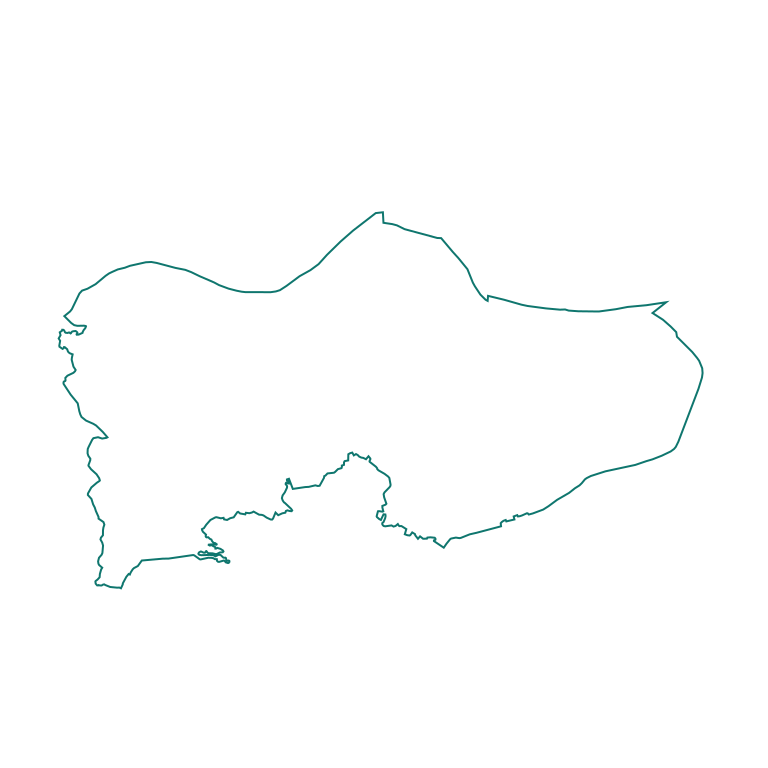 Ba Vi, Ha Noi, Vietnam (Natural Earth projection), rotated 82°
{"feature_id": "81297802B94958861355476", "entity_name": "Ba Vi", "entity_type": "district", "adm_level": 2, "iso_a3": "VNM", "parent_name": "Vietnam", "parent_adm1": "Ha Noi", "projection": "natural_earth1", "projection_center": [105.414, 21.156], "detail": "fine", "context": "isolated", "style": "outline", "palette": "teal", "viewbox_px": 768, "rotation_deg": 82, "n_neighbors": 0, "source": "geoboundaries", "source_scale": "gbopen_adm2", "svg_char_len": 6153}
<svg xmlns="http://www.w3.org/2000/svg" viewBox="0 0 768 768"><g transform="rotate(82 384 384)"><path d="M501.3,176.9L499.1,146.4L496.9,134.9L496.0,128.7L493.7,119.0L490.7,109.5L488.7,105.8L486.9,103.8L482.2,100.6L432.6,73.3L421.8,68.2L417.5,67.0L412.7,66.7L404.9,68.7L401.8,70.3L395.2,74.3L378.0,87.3L373.3,87.4L367.0,92.1L359.2,98.8L351.1,108.2L342.3,93.2L342.5,113.1L341.6,132.0L342.2,144.0L342.1,161.2L339.0,181.5L337.0,190.9L335.4,194.3L334.9,199.3L331.7,213.0L326.7,231.0L324.6,236.8L317.3,253.3L311.2,268.7L316.1,269.8L314.7,271.7L308.9,276.1L299.9,280.4L296.0,281.9L281.9,285.4L269.7,292.8L262.8,297.5L247.5,307.1L246.8,311.0L233.5,342.1L228.7,349.1L226.8,353.6L224.3,362.1L213.8,361.2L213.6,368.4L227.8,393.3L236.9,407.2L248.1,422.4L256.2,432.1L261.0,441.0L265.5,452.6L273.3,466.9L276.6,474.0L277.3,478.3L277.3,483.5L273.7,508.6L272.8,512.1L271.1,517.0L267.9,524.7L263.1,533.6L259.8,538.1L251.7,551.4L246.4,559.3L243.3,564.9L240.0,574.4L232.5,592.2L230.8,597.4L230.3,602.9L231.6,619.1L232.8,624.5L233.5,631.7L235.1,637.3L236.2,640.8L238.1,644.6L245.0,655.7L248.4,664.4L249.5,670.0L252.0,673.0L266.5,682.7L268.5,684.8L272.3,691.1L280.0,685.3L282.6,682.6L283.7,679.6L284.5,673.0L285.1,671.2L285.5,671.1L287.2,672.1L288.7,673.8L290.3,675.0L291.4,675.4L292.6,679.5L292.4,681.4L291.9,681.5L290.9,680.5L290.3,680.5L289.2,681.3L288.6,682.1L288.5,684.4L288.7,685.5L289.4,686.5L290.0,686.8L290.3,687.3L289.1,688.7L289.4,690.3L288.9,692.2L288.3,692.7L286.4,693.3L285.7,694.0L285.5,695.1L286.4,695.4L287.7,697.9L290.6,697.5L293.6,699.8L296.2,698.7L300.8,700.2L301.9,700.2L304.5,697.4L303.9,696.2L302.9,695.7L303.1,695.0L305.5,692.9L307.6,692.5L308.8,691.9L310.0,690.6L311.3,688.2L314.8,689.5L316.6,689.9L323.6,689.1L327.2,687.4L328.4,688.2L329.7,690.0L331.7,696.3L333.6,698.7L336.1,698.9L336.6,699.2L337.1,700.8L338.4,701.3L339.5,701.2L350.9,695.8L360.5,690.0L368.6,689.5L371.8,689.0L374.6,688.1L378.8,684.1L382.9,677.5L385.0,674.9L392.4,669.1L398.3,665.3L398.7,666.4L398.8,670.7L396.9,674.6L397.2,679.3L398.7,680.8L405.1,685.2L407.1,686.4L408.5,686.7L411.4,687.2L413.9,686.8L417.1,685.2L418.6,685.5L423.3,688.0L423.9,688.0L427.6,686.0L433.4,681.2L437.6,679.2L439.9,678.8L440.4,679.2L441.8,682.1L445.7,688.2L451.2,692.4L452.7,692.7L457.1,689.7L462.7,688.8L466.1,687.6L469.7,687.0L475.9,685.2L477.6,685.4L481.7,681.0L484.4,680.5L487.0,681.8L489.6,682.6L494.7,683.4L496.8,685.7L498.5,686.4L501.9,685.1L504.9,684.7L512.2,686.4L513.8,687.4L516.4,690.4L519.8,691.8L522.2,691.8L523.6,691.3L526.7,688.6L528.3,689.9L532.6,691.8L535.8,692.5L537.8,694.9L539.0,697.0L539.5,697.3L541.6,697.3L543.5,696.1L543.7,695.0L543.4,694.6L544.0,693.3L544.2,691.6L543.5,690.0L543.5,688.9L544.2,688.1L546.9,683.4L548.5,676.8L548.8,674.3L549.7,672.9L546.1,670.6L545.1,670.4L539.1,666.0L536.6,663.3L537.3,662.2L535.4,661.1L532.5,658.6L531.5,657.2L530.0,653.1L525.1,648.4L526.2,627.2L526.9,621.7L526.8,596.8L527.3,595.7L531.9,590.9L532.2,590.0L531.6,582.2L532.1,579.2L532.8,577.1L533.9,575.9L534.2,573.9L535.8,574.0L537.0,573.0L537.2,571.9L536.5,567.1L537.0,566.5L538.6,565.5L539.6,563.4L539.5,562.7L538.6,561.8L537.6,561.8L537.2,562.4L537.2,564.5L534.3,564.8L533.9,565.2L533.8,566.6L533.4,567.4L530.5,569.7L530.1,571.6L531.2,574.9L529.9,576.6L529.0,580.4L528.1,588.7L527.5,590.6L526.7,591.3L526.1,591.4L525.1,590.7L524.4,589.0L524.5,588.3L525.9,586.1L526.1,585.1L526.0,584.4L524.9,583.7L524.8,583.1L526.6,582.1L527.2,581.3L527.8,577.4L529.1,574.2L529.0,573.0L528.0,570.0L528.2,567.1L527.5,566.3L526.5,566.6L524.5,568.9L523.1,571.9L523.6,573.2L523.5,573.9L522.1,573.8L521.6,574.3L521.0,575.5L519.7,576.8L519.7,579.1L519.0,580.0L518.7,579.9L518.7,579.6L518.8,577.4L519.3,575.1L519.2,574.0L519.8,572.7L519.8,572.3L519.4,572.0L518.1,573.3L517.5,575.0L515.7,576.1L514.0,576.6L513.1,578.0L511.3,579.4L511.2,581.0L510.8,581.5L509.8,581.8L508.4,581.2L505.1,583.9L503.3,584.5L502.4,584.5L501.7,582.4L498.6,579.6L494.5,574.8L492.6,569.5L492.6,568.4L494.3,564.2L494.2,561.5L495.8,561.2L496.8,558.3L495.5,555.0L495.1,551.4L490.5,547.1L490.3,546.2L492.2,544.5L493.8,539.5L492.3,538.7L493.2,535.3L492.9,532.7L492.2,530.9L496.0,525.9L496.6,523.2L497.4,521.6L500.0,518.8L502.4,515.1L502.7,513.7L501.8,512.6L496.2,509.3L499.2,507.0L497.9,502.7L497.7,499.6L496.1,498.8L495.7,497.3L496.7,494.9L497.1,493.2L496.4,492.5L494.6,493.4L488.0,498.7L487.3,499.5L485.3,500.5L482.8,501.0L480.2,499.9L477.5,497.3L473.2,494.5L471.9,494.2L471.0,494.4L469.6,495.3L468.9,495.2L468.3,494.8L469.2,492.3L466.7,492.4L466.4,493.5L465.0,493.4L464.6,491.3L475.2,488.9L475.1,476.3L475.4,472.9L474.8,466.1L475.8,463.7L475.8,461.9L468.6,456.5L466.9,456.0L466.6,454.8L464.7,452.4L464.9,445.9L464.3,444.7L461.9,441.5L461.4,437.8L460.1,437.2L458.9,437.1L458.5,434.9L456.0,434.5L454.9,433.7L454.7,430.1L448.6,429.1L447.8,427.1L447.5,425.0L450.5,423.8L449.5,421.5L450.7,419.9L452.4,418.7L453.7,416.7L454.3,414.8L456.0,412.3L453.4,409.4L455.9,407.9L456.7,408.0L458.4,409.1L459.1,409.0L464.8,403.5L466.5,402.5L467.4,402.5L468.7,401.5L473.0,396.0L476.2,392.8L477.8,391.8L484.5,391.5L485.7,391.8L486.9,392.8L491.4,398.6L493.0,399.7L496.3,399.6L502.9,398.3L503.7,399.3L504.5,402.6L506.2,402.8L510.0,402.4L510.2,403.3L509.2,406.7L509.2,407.7L514.0,409.7L514.8,409.5L517.0,407.6L518.2,406.0L513.0,402.6L513.4,400.8L515.0,400.8L517.2,401.6L520.8,403.8L521.1,404.6L521.6,405.1L522.7,405.2L523.7,404.8L524.6,404.0L525.1,402.6L525.1,396.2L526.5,394.4L526.2,392.3L524.6,389.8L526.4,389.0L526.9,388.4L527.1,386.5L530.8,382.1L535.7,384.3L537.0,381.9L537.6,379.7L537.2,378.9L534.9,376.7L537.0,374.2L538.2,374.1L542.0,371.9L539.9,369.5L542.7,366.8L543.1,363.0L542.1,362.4L542.3,359.3L543.3,355.2L544.2,354.6L544.9,354.6L545.4,354.8L545.8,356.3L546.5,356.4L554.4,347.6L550.8,344.3L546.9,340.1L546.4,339.1L546.1,334.2L547.1,330.9L547.1,329.4L544.8,320.0L544.2,312.9L541.2,287.9L538.1,287.8L537.1,286.6L536.1,284.7L535.6,282.4L537.1,282.0L536.3,273.7L533.2,274.0L532.4,270.3L533.8,269.8L533.8,267.9L533.4,265.7L531.9,260.5L532.1,259.7L533.4,258.8L532.9,254.7L530.5,243.8L527.9,238.1L522.8,228.7L517.6,215.9L513.8,209.4L511.6,204.5L509.7,201.9L506.4,198.3L505.4,196.4L503.9,192.0L501.3,176.9Z" fill="none" stroke="#0f766e" stroke-width="2"/></g></svg>